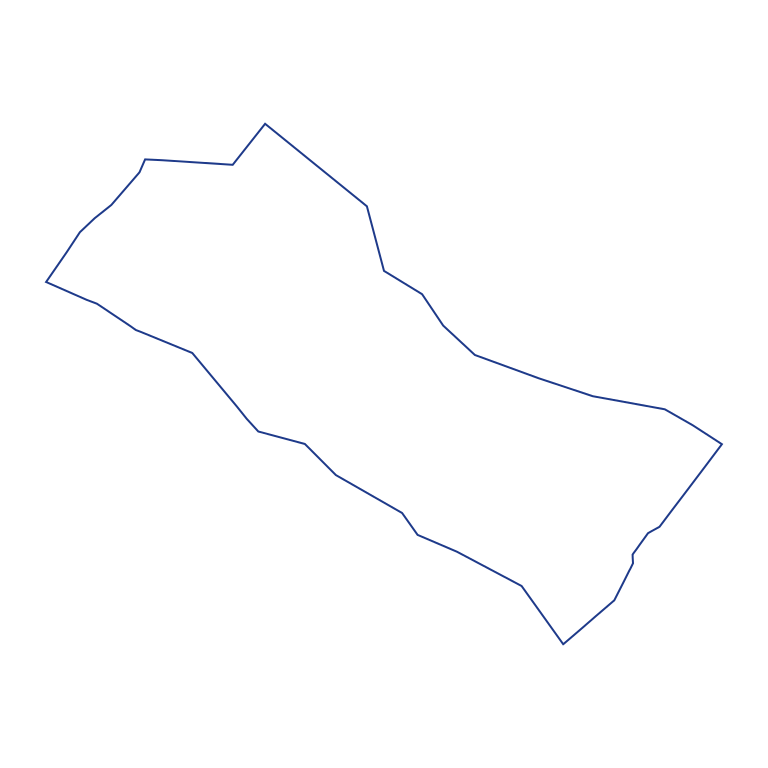 the district of Xo'vsgol, Dornogovi, Mongolia
{"feature_id": "93677404B21741172653366", "entity_name": "Xo'vsgol", "entity_type": "district", "adm_level": 2, "iso_a3": "MNG", "parent_name": "Mongolia", "parent_adm1": "Dornogovi", "projection": "albers", "projection_center": [110.095, 43.425], "detail": "fine", "context": "isolated", "style": "outline", "palette": "blue", "viewbox_px": 768, "rotation_deg": 0, "n_neighbors": 0, "source": "geoboundaries", "source_scale": "gbopen_adm2", "svg_char_len": 876}
<svg xmlns="http://www.w3.org/2000/svg" viewBox="0 0 768 768"><path d="M46.1,282.0L86.8,299.9L96.9,303.7L130.5,326.2L135.8,330.0L140.3,331.7L192.3,353.0L236.7,406.3L246.7,418.8L258.3,431.5L304.9,444.0L335.9,475.1L402.1,513.0L417.6,534.9L456.9,551.7L521.6,586.0L563.2,644.2L563.5,644.0L580.1,629.8L596.1,615.9L614.3,600.3L623.7,581.8L629.4,570.4L630.1,569.2L633.0,563.3L633.0,563.1L632.7,557.9L632.6,554.6L633.6,553.1L636.6,549.1L639.9,544.4L640.2,544.0L648.0,533.2L651.0,531.5L651.3,531.3L659.5,526.8L672.6,509.4L682.2,496.8L694.7,480.3L704.3,467.6L720.1,446.6L720.5,446.1L721.9,444.2L692.8,425.3L664.8,409.3L592.7,396.2L538.5,378.2L474.9,355.0L443.2,325.6L422.1,294.2L384.0,270.9L372.7,228.2L366.9,206.3L265.1,123.8L232.7,164.8L161.9,160.2L145.1,159.4L139.5,172.3L111.3,205.0L94.7,218.2L79.9,232.2L66.7,252.2L46.1,282.0Z" fill="none" stroke="#1e3a8a" stroke-width="2"/></svg>